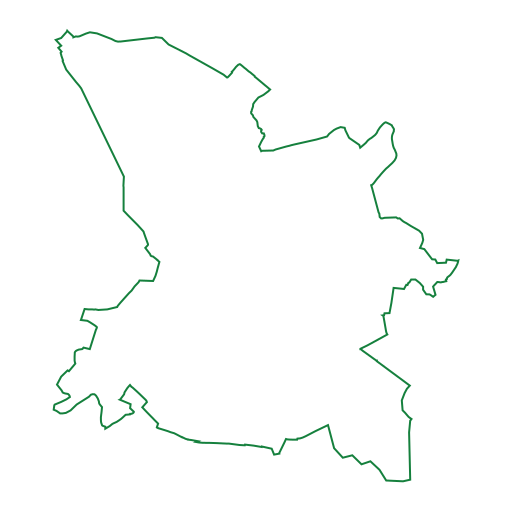 outline of Saldus, Saldus, Latvia
{"feature_id": "27541924B14554073945522", "entity_name": "Saldus", "entity_type": "district", "adm_level": 2, "iso_a3": "LVA", "parent_name": "Latvia", "parent_adm1": "Saldus", "projection": "orthographic", "projection_center": [22.489, 56.666], "detail": "fine", "context": "isolated", "style": "outline", "palette": "green", "viewbox_px": 512, "rotation_deg": 0, "n_neighbors": 0, "source": "geoboundaries", "source_scale": "gbopen_adm2", "svg_char_len": 5921}
<svg xmlns="http://www.w3.org/2000/svg" viewBox="0 0 512 512"><path d="M391.9,125.4L390.1,124.3L388.1,123.3L386.3,122.5L385.7,122.3L385.1,122.5L384.0,123.2L382.7,124.4L381.4,125.8L379.9,127.5L377.8,130.7L376.8,132.9L376.0,133.9L375.2,134.9L373.6,136.2L371.3,138.0L369.9,138.8L367.9,140.4L366.7,141.8L365.9,142.8L364.0,144.5L360.2,147.7L359.3,144.9L349.4,138.1L348.9,137.5L345.4,130.3L344.7,127.8L340.6,127.1L336.6,128.6L334.0,130.0L329.1,133.9L327.1,136.5L316.5,139.5L294.2,144.5L291.3,145.2L289.3,145.8L286.3,146.5L275.6,149.5L273.3,150.5L261.9,150.8L261.2,151.2L259.0,146.5L261.2,141.9L262.7,139.2L263.8,137.7L263.7,136.9L264.5,136.1L264.4,134.9L263.8,133.4L262.2,133.4L261.1,131.8L261.2,130.4L261.7,129.9L261.2,129.1L259.8,128.3L258.8,128.1L257.8,126.1L257.3,122.1L256.5,120.4L253.4,117.0L252.9,115.3L251.2,113.4L251.1,111.9L251.6,111.3L251.8,110.0L253.0,106.6L253.2,104.1L254.5,102.1L258.4,97.5L261.4,96.0L263.5,94.9L268.5,91.1L270.1,89.5L266.2,86.2L265.3,85.5L255.9,77.6L254.8,76.8L254.7,76.1L253.4,75.0L251.9,73.8L250.4,72.5L248.7,71.4L245.6,68.7L244.6,68.0L242.3,66.0L240.2,64.3L239.5,64.2L238.8,64.6L238.2,64.8L236.0,66.9L234.6,68.7L233.1,70.5L232.3,71.4L231.8,71.7L232.1,72.6L229.4,75.6L227.6,77.4L227.0,77.5L223.6,74.7L212.3,68.2L189.6,55.5L186.1,53.4L168.6,44.5L161.9,37.9L155.5,37.2L154.5,37.7L147.6,38.4L120.8,41.5L117.9,41.6L115.4,41.0L111.5,39.0L97.0,33.4L89.9,32.3L85.9,33.6L80.0,36.1L79.1,36.4L77.3,36.6L75.9,36.4L73.4,37.3L73.4,36.9L73.3,36.6L73.1,36.3L71.6,34.9L67.8,31.4L67.2,30.7L66.8,31.7L61.2,38.0L55.8,39.9L61.2,45.7L58.3,47.8L61.6,51.7L60.6,52.9L61.3,55.1L61.3,55.5L63.0,60.4L62.6,61.0L66.2,69.6L76.0,82.0L79.1,85.6L81.2,88.4L123.9,176.6L123.4,185.9L123.6,187.2L123.6,193.7L123.6,210.7L127.7,215.0L137.7,225.1L143.5,231.5L143.9,232.8L145.6,237.6L148.0,244.2L148.0,244.7L147.8,245.2L145.3,247.9L150.1,254.2L150.7,255.7L151.6,256.2L153.0,256.5L157.3,259.9L157.2,260.0L159.4,261.9L157.7,268.0L156.8,271.6L155.5,275.8L155.0,276.9L153.1,281.0L139.5,280.5L138.6,282.2L134.6,286.4L131.6,290.6L129.1,293.0L126.3,296.1L120.4,302.7L117.8,305.8L117.2,307.0L107.3,309.4L99.5,309.9L98.5,310.0L95.3,309.4L94.2,309.6L92.2,309.4L88.5,309.4L84.6,309.0L81.2,319.2L80.9,320.0L87.4,320.8L90.0,322.3L94.5,325.2L96.1,326.4L96.9,327.2L96.6,328.4L95.9,329.8L93.9,336.1L89.8,349.1L83.5,347.6L83.4,347.7L82.6,348.8L82.1,349.1L78.7,349.6L76.6,350.5L76.0,350.9L75.2,351.7L74.8,352.4L74.7,354.8L74.6,356.6L74.6,360.4L74.7,361.2L74.9,362.2L75.3,363.6L68.9,371.2L67.6,370.4L61.2,376.6L57.0,384.6L61.6,390.4L62.2,391.5L62.7,392.5L64.0,393.1L65.3,393.5L67.2,393.8L68.0,394.0L68.8,394.7L69.5,395.7L69.9,397.0L66.5,399.3L61.2,401.9L54.7,404.6L54.3,405.3L53.7,409.7L56.5,410.9L58.7,412.4L60.1,413.4L62.6,413.4L65.9,412.9L70.6,410.4L76.7,404.5L86.5,398.3L89.0,396.7L90.9,394.7L92.7,394.2L94.5,394.3L96.0,395.6L97.8,398.5L98.9,401.4L99.1,403.1L99.6,404.2L102.0,407.1L101.6,411.4L101.4,413.2L101.2,414.6L100.9,417.2L100.9,419.6L101.0,421.5L101.2,422.7L102.1,425.3L102.5,425.7L103.6,426.1L105.3,426.7L105.3,428.7L109.7,426.1L112.4,423.9L113.0,423.6L113.8,423.2L116.7,421.9L119.1,420.3L121.1,418.9L122.8,417.4L125.6,414.8L130.0,414.4L130.1,413.9L131.0,413.9L132.0,413.6L132.9,413.2L133.7,412.4L133.8,411.7L130.1,408.2L130.6,404.2L119.9,399.7L120.1,399.6L123.8,394.7L124.1,394.3L124.3,393.5L124.4,392.8L124.7,392.1L127.3,388.1L128.8,386.3L130.0,385.0L131.5,386.9L132.4,387.4L136.5,391.1L139.5,393.9L145.5,399.7L146.3,400.6L146.9,402.1L142.3,407.3L144.7,409.9L146.8,412.1L151.1,416.5L152.8,418.2L154.3,419.8L156.7,422.2L158.1,423.6L156.8,427.4L157.0,427.6L157.8,427.8L158.0,428.1L164.2,430.0L168.0,431.2L170.6,432.2L174.1,433.2L176.5,434.4L182.0,437.3L182.1,437.1L185.3,438.7L186.1,439.0L187.3,439.3L187.9,439.4L187.9,439.6L191.1,440.0L198.0,441.2L196.2,442.0L199.0,442.5L202.7,442.8L210.3,442.9L216.5,443.1L226.8,443.6L228.9,443.6L239.5,445.0L244.8,445.3L245.0,444.6L253.5,445.6L261.7,447.0L261.8,446.5L271.7,448.7L274.1,454.6L279.4,453.6L279.3,452.9L284.4,442.5L286.0,439.0L287.4,439.4L290.2,439.6L294.7,439.7L297.1,439.7L297.4,438.6L300.0,438.4L302.6,437.6L305.7,436.2L315.5,431.1L328.0,425.1L334.1,448.2L342.8,457.7L352.3,455.3L361.5,464.3L370.4,461.3L379.5,469.8L386.2,480.5L403.0,481.3L410.2,479.7L409.1,432.4L410.2,420.7L411.5,419.0L408.7,417.0L407.3,415.4L405.0,412.7L402.6,410.3L401.8,400.4L404.6,393.1L406.9,388.8L409.8,385.6L376.7,361.1L376.8,360.6L376.6,360.6L376.3,360.5L374.1,359.0L362.6,350.7L361.0,349.3L360.6,349.2L360.4,349.2L360.4,348.8L367.4,345.4L387.3,334.5L386.7,333.4L386.3,332.2L386.0,330.9L384.7,323.3L383.4,315.9L382.7,315.4L384.1,315.2L384.5,313.3L389.5,313.1L391.4,302.9L393.6,287.9L401.4,288.7L404.0,289.0L406.3,284.8L407.5,285.0L408.4,282.8L409.3,282.5L411.2,279.5L415.4,279.5L419.8,283.0L423.1,286.7L423.1,289.7L426.3,294.3L429.6,294.4L431.2,295.4L433.1,296.8L435.5,294.8L433.1,286.6L434.0,285.5L435.1,284.4L437.3,282.0L438.8,282.1L440.0,282.3L440.9,282.4L441.9,282.1L443.5,281.9L445.3,281.3L445.9,281.3L446.3,281.2L445.9,279.5L446.9,279.0L447.0,278.0L447.4,277.3L449.5,275.7L450.4,274.9L452.3,272.4L453.1,271.2L456.0,266.9L456.6,265.5L457.2,264.4L457.6,263.3L458.0,262.0L458.3,260.5L457.6,260.8L446.7,259.6L446.0,262.7L437.2,263.1L435.3,259.5L432.1,259.3L424.3,249.1L420.0,248.0L422.3,242.9L423.2,239.9L422.0,233.7L419.1,230.7L411.0,226.1L406.1,223.0L404.5,222.2L402.8,221.1L399.6,218.3L397.8,218.5L396.2,217.4L384.6,217.8L382.4,218.4L381.1,218.4L379.7,217.0L379.3,213.6L378.8,212.8L378.5,212.1L372.1,188.1L371.2,185.2L372.1,184.9L373.6,183.4L374.9,181.7L376.6,179.4L378.1,177.6L379.4,176.2L380.9,174.3L383.3,171.6L386.1,168.6L388.0,167.0L389.9,165.2L392.2,163.1L394.6,160.4L395.3,159.1L396.0,157.8L396.5,155.5L396.3,153.5L395.6,151.8L394.9,150.0L393.7,147.7L393.1,145.8L392.7,143.9L392.3,141.4L391.9,139.1L391.9,137.3L392.1,135.7L392.5,134.3L393.3,132.5L393.9,131.0L393.8,130.1L394.0,129.2L393.6,128.5L393.1,127.6L392.4,126.6L392.1,126.1L391.9,125.4Z" fill="none" stroke="#15803d" stroke-width="2"/></svg>